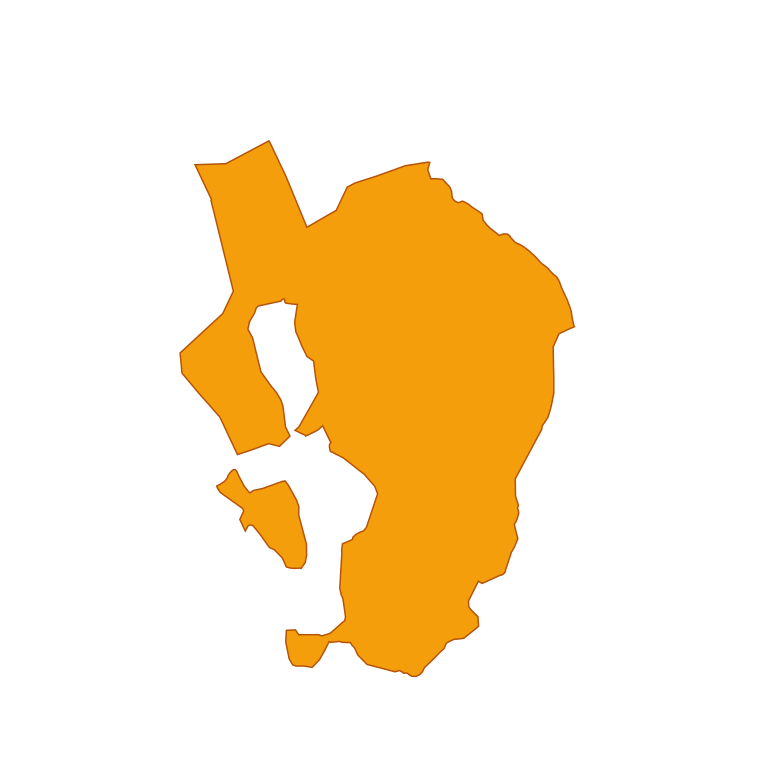 Hobeish, Ibb, Yemen (Albers equal-area conic projection), rotated 335°
{"feature_id": "15242507B62921910319151", "entity_name": "Hobeish", "entity_type": "district", "adm_level": 2, "iso_a3": "YEM", "parent_name": "Yemen", "parent_adm1": "Ibb", "projection": "albers", "projection_center": [44.071, 14.118], "detail": "fine", "context": "isolated", "style": "filled", "palette": "amber", "viewbox_px": 768, "rotation_deg": 335, "n_neighbors": 0, "source": "geoboundaries", "source_scale": "gbopen_adm2", "svg_char_len": 5320}
<svg xmlns="http://www.w3.org/2000/svg" viewBox="0 0 768 768"><g transform="rotate(335 384 384)"><path d="M305.4,105.4L305.6,143.9L304.8,144.6L286.7,236.2L267.5,252.1L264.9,252.9L235.4,262.3L212.3,269.7L208.2,281.3L205.5,288.8L206.6,292.9L210.0,305.5L210.5,307.4L212.5,314.8L213.5,318.3L216.2,327.2L218.7,335.9L221.2,344.3L221.3,351.4L221.3,364.7L221.4,386.0L235.2,387.7L236.6,387.8L243.3,388.4L254.2,389.3L262.9,396.3L276.8,391.5L276.7,388.9L276.7,386.4L276.6,381.3L281.2,367.1L283.0,361.5L283.8,354.9L283.0,346.8L280.6,337.3L277.6,320.9L278.1,318.5L284.4,286.7L283.8,276.8L288.4,270.8L296.9,264.8L300.5,261.0L303.1,260.2L305.7,260.8L325.7,265.3L327.2,264.4L329.1,264.4L329.6,265.2L329.2,266.8L328.8,268.1L329.3,269.3L334.9,272.9L339.1,275.3L329.0,290.5L326.2,299.2L326.0,307.0L325.6,314.1L325.8,326.6L329.9,333.5L328.5,337.7L327.9,339.6L327.2,341.9L325.5,346.9L325.5,347.1L324.9,348.8L322.6,357.4L321.2,363.6L318.0,366.1L290.2,385.9L288.6,387.0L283.8,388.4L291.1,397.5L291.1,398.1L303.9,397.9L310.8,396.0L311.0,413.3L311.5,414.3L309.5,415.5L308.5,416.7L307.8,418.3L306.9,422.3L315.7,433.5L319.4,440.6L324.5,450.8L328.0,457.4L328.6,459.8L332.4,472.8L331.8,480.8L326.5,486.4L317.5,495.9L310.2,503.6L307.7,506.3L307.4,506.6L303.4,508.4L298.8,508.1L298.6,508.2L295.1,508.4L291.0,509.7L289.6,511.6L279.5,511.3L278.8,511.3L275.4,516.7L275.0,517.3L274.7,518.8L257.6,550.4L256.7,554.2L256.1,557.3L256.1,560.0L256.1,560.9L252.0,574.7L250.6,579.0L248.2,582.0L245.6,582.5L230.3,587.1L227.2,586.9L221.0,586.0L220.6,585.5L219.0,583.6L216.6,582.5L210.5,579.7L205.6,577.4L200.7,575.2L199.9,569.5L191.5,566.0L191.4,566.1L186.1,575.8L184.0,584.3L183.6,585.9L183.0,588.4L181.9,593.0L182.2,596.5L182.6,600.1L185.3,602.6L192.2,605.7L199.1,610.4L204.2,608.5L208.9,606.7L211.9,604.6L218.1,600.1L219.8,598.7L222.0,597.0L225.4,594.3L226.4,595.5L235.1,598.6L236.8,600.4L244.2,604.1L244.4,605.7L244.6,607.3L244.7,607.8L245.5,609.4L245.8,611.5L245.7,618.5L245.9,619.1L246.5,620.8L247.8,624.4L250.1,631.0L258.9,638.3L259.3,638.6L259.9,639.1L261.4,640.3L262.5,641.3L264.0,642.5L271.2,648.5L272.2,649.4L275.4,650.0L277.1,650.3L279.1,653.2L279.4,654.4L280.2,654.6L281.9,655.3L283.1,656.1L284.2,658.8L284.4,658.7L285.1,659.8L285.7,660.7L288.2,661.9L290.2,662.6L294.0,662.4L297.5,660.9L300.8,658.1L314.8,653.4L315.6,653.0L320.2,651.2L326.8,649.1L327.7,648.2L330.8,645.3L335.1,644.9L340.3,645.0L341.2,645.7L346.1,647.3L348.8,648.2L353.1,647.1L357.3,646.1L365.8,644.0L367.3,643.6L368.5,640.6L369.7,637.5L370.1,636.3L370.4,635.7L370.8,634.6L367.5,625.7L366.7,621.8L368.8,616.4L369.2,616.1L386.2,602.6L388.6,606.2L403.1,606.4L407.1,606.4L407.6,606.4L410.9,606.9L414.2,605.8L415.6,603.9L428.6,590.1L430.1,589.1L432.9,587.1L433.4,586.8L436.8,583.6L439.2,581.4L439.9,580.8L440.3,578.3L440.9,575.6L441.3,573.4L442.7,566.4L443.1,566.0L444.4,565.2L447.0,563.3L449.8,560.0L451.4,558.2L452.2,556.1L452.6,552.9L453.1,552.2L454.0,551.7L454.7,549.9L455.8,541.2L459.5,533.0L462.9,525.4L507.7,491.8L509.6,488.9L518.6,483.4L521.7,480.0L525.9,475.1L528.6,471.5L531.1,468.1L534.0,464.1L537.2,457.3L540.4,450.4L543.6,443.1L544.7,440.5L546.7,436.1L547.3,434.8L551.7,424.8L551.9,424.4L553.0,421.9L563.8,412.4L571.7,412.4L576.1,412.4L580.7,412.6L580.8,412.6L580.8,412.3L580.8,411.5L581.2,409.2L581.8,406.4L582.0,405.7L582.5,403.6L582.6,403.2L582.9,402.2L583.5,400.3L584.3,397.6L584.7,394.9L585.1,392.0L585.2,389.3L585.3,388.2L585.5,386.6L585.6,383.8L585.6,380.5L585.6,378.8L585.6,377.4L585.6,374.9L585.6,374.6L585.7,371.6L585.9,368.7L586.2,365.7L586.1,362.6L585.8,359.9L584.4,357.4L584.0,356.4L583.3,354.6L582.3,351.7L581.6,348.8L580.4,346.2L580.0,345.5L579.9,345.4L579.7,345.0L579.1,343.7L577.9,341.6L577.6,341.0L576.7,338.3L576.0,335.7L575.1,333.0L574.2,330.5L573.0,328.0L572.0,325.3L570.7,322.8L569.5,320.4L569.3,320.0L567.6,317.2L566.0,314.9L564.1,312.9L562.5,310.4L561.7,307.8L560.8,305.1L560.4,303.6L560.7,303.4L559.3,300.3L558.8,300.0L558.4,299.8L556.0,298.6L555.8,298.5L551.2,298.0L547.6,290.8L547.5,290.5L546.1,287.9L544.4,283.2L543.1,277.4L543.6,275.6L544.8,271.3L544.1,269.9L538.7,261.1L536.8,257.1L534.7,254.1L532.5,251.5L527.9,251.0L525.7,248.3L524.7,245.8L524.7,243.6L526.7,237.8L526.9,233.3L525.3,228.3L523.7,223.3L517.9,220.0L513.2,217.8L514.2,208.3L519.1,202.6L517.6,201.5L495.7,195.2L491.4,194.8L483.4,194.1L469.3,192.8L465.7,192.5L452.3,190.8L442.7,189.6L433.9,190.0L414.0,206.5L404.8,207.2L384.7,209.0L380.4,209.3L380.4,209.1L382.8,156.3L382.9,155.4L382.9,150.9L382.8,140.2L382.7,118.8L382.5,115.0L333.7,117.5L305.4,105.4ZM215.7,424.3L214.1,417.2L213.9,413.3L213.5,405.4L213.7,401.5L213.1,398.8L211.5,398.0L209.9,398.2L207.3,399.2L204.2,400.9L202.2,402.9L198.4,404.8L192.9,405.6L189.2,405.8L189.1,408.4L189.8,413.1L197.0,425.9L203.2,436.9L203.2,437.6L203.2,439.8L196.1,445.8L196.1,447.6L196.1,447.8L196.1,458.6L199.0,456.6L200.6,455.2L201.6,455.0L203.1,455.2L204.1,455.6L205.5,457.4L208.0,467.4L210.8,482.4L211.2,484.0L214.5,487.7L216.1,492.2L218.3,498.6L218.3,501.6L218.3,502.1L218.3,504.2L218.2,507.7L218.2,508.6L218.4,508.7L220.9,510.9L224.1,512.9L227.5,514.3L229.7,515.2L230.9,516.1L237.2,512.5L241.6,506.3L246.0,496.4L251.4,466.5L254.9,459.5L255.7,452.0L254.5,435.1L253.7,431.3L253.3,429.9L250.9,429.7L250.9,429.3L235.4,427.9L231.9,427.6L229.9,427.4L220.5,425.3L216.6,426.0L215.7,424.3Z" fill="#f59e0b" stroke="#b45309" stroke-width="1.5"/></g></svg>